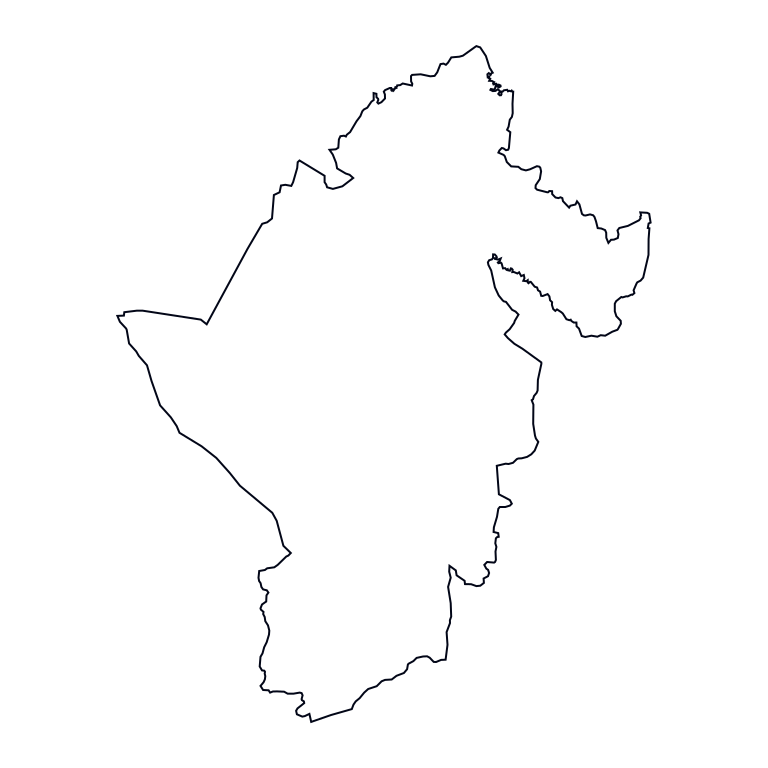 outline of Ubundu, Orientale, Democratic Republic of the Congo
{"feature_id": "63176286B77989779607321", "entity_name": "Ubundu", "entity_type": "district", "adm_level": 2, "iso_a3": "COD", "parent_name": "Democratic Republic of the Congo", "parent_adm1": "Orientale", "projection": "mercator", "projection_center": [25.863, -0.595], "detail": "fine", "context": "isolated", "style": "outline", "palette": "ink", "viewbox_px": 768, "rotation_deg": 0, "n_neighbors": 0, "source": "geoboundaries", "source_scale": "gbopen_adm2", "svg_char_len": 6040}
<svg xmlns="http://www.w3.org/2000/svg" viewBox="0 0 768 768"><path d="M373.6,93.1L373.7,100.0L371.4,101.7L367.3,107.7L363.9,109.5L362.3,111.3L360.4,116.1L356.5,121.3L350.1,132.1L346.8,134.7L345.9,136.5L344.0,135.7L340.4,136.2L338.9,139.4L338.3,147.7L335.8,149.3L329.5,149.8L332.8,154.6L336.1,162.9L337.1,168.4L345.7,173.5L349.6,174.8L353.2,178.0L342.4,186.3L332.9,188.9L327.1,187.3L326.2,184.5L324.6,182.2L324.6,175.8L299.5,160.5L297.7,162.2L297.2,168.0L293.1,182.2L291.3,185.9L285.3,184.8L281.0,185.5L279.6,192.3L273.9,195.0L272.0,218.5L267.2,222.3L262.2,223.8L247.6,248.7L206.7,324.3L200.8,319.6L142.8,310.7L136.6,310.7L124.3,312.2L123.9,315.6L117.4,315.9L119.9,321.8L126.1,328.5L126.7,329.8L129.1,343.5L136.2,351.4L138.8,355.9L147.0,365.3L151.5,380.9L160.1,405.4L170.8,417.3L176.7,426.1L179.5,432.8L201.6,446.3L216.3,457.9L229.8,473.0L239.9,485.7L272.3,512.8L276.7,520.8L283.4,545.8L290.8,553.0L288.3,555.6L286.3,556.5L277.7,564.9L274.3,567.3L267.2,568.3L264.9,570.0L259.2,571.0L258.5,577.8L259.1,581.0L260.6,583.2L261.4,587.0L263.1,589.4L266.8,590.3L268.4,592.6L266.5,595.3L266.2,601.5L262.0,604.5L260.5,608.3L260.9,609.6L263.5,611.9L263.2,614.1L264.7,617.0L265.3,621.2L268.0,625.4L269.3,630.6L269.0,634.6L266.7,642.2L264.2,647.2L262.5,653.4L260.5,656.8L259.7,666.5L262.0,670.4L264.3,670.7L265.0,671.8L264.7,673.5L265.3,676.2L264.9,679.3L263.6,682.2L260.5,685.9L263.1,690.0L268.6,690.3L270.1,692.6L272.9,691.5L277.0,691.4L284.1,691.7L287.7,693.7L293.3,693.7L299.7,692.6L301.6,693.1L302.6,695.3L301.6,699.1L301.9,700.1L303.9,701.4L304.2,703.1L297.5,708.4L296.1,710.8L296.9,714.3L302.3,716.6L304.8,716.1L309.4,713.9L311.2,721.9L331.1,715.0L351.8,709.1L353.5,704.6L355.7,701.4L359.6,698.2L364.2,692.6L368.2,689.0L376.7,686.2L381.6,681.3L385.0,679.9L391.7,679.5L396.5,675.8L403.9,673.0L407.1,669.2L407.9,664.5L408.6,663.7L413.4,661.1L416.6,657.9L423.0,656.5L427.1,656.3L429.7,657.7L433.7,661.9L436.1,662.0L441.1,659.9L445.6,659.7L447.5,644.8L446.6,632.1L450.0,623.1L449.9,620.2L451.2,616.6L450.7,603.1L448.1,586.9L450.7,577.7L449.2,571.7L449.5,565.8L455.8,570.4L456.6,575.3L464.6,580.8L465.0,584.1L471.1,584.2L476.4,586.1L480.3,585.7L483.9,582.9L483.6,578.5L488.0,576.2L489.1,573.0L488.1,569.9L486.3,568.6L484.3,564.9L487.1,562.0L494.1,562.6L495.1,561.9L495.9,559.9L495.5,551.5L496.4,546.9L495.3,543.3L495.9,538.3L497.1,537.1L498.7,536.8L498.2,533.1L493.6,532.0L493.9,527.3L497.0,516.8L498.3,508.8L499.8,507.0L505.3,507.0L509.9,505.6L511.8,503.7L509.9,500.1L498.9,494.3L496.8,465.8L505.6,463.7L508.6,464.0L513.0,462.8L516.8,459.1L518.3,458.5L521.7,458.3L527.1,456.9L531.3,454.3L534.7,450.6L538.3,441.9L535.9,438.5L535.0,435.6L533.2,423.9L533.4,404.6L531.7,400.2L533.0,399.3L534.0,396.0L536.6,392.9L537.6,390.5L537.9,379.9L541.4,363.7L541.3,362.4L522.4,348.7L514.4,343.8L508.0,338.2L504.7,334.4L505.9,332.6L509.7,329.2L514.1,323.0L514.8,320.8L518.5,314.6L515.6,311.6L512.1,309.8L506.0,301.9L503.7,301.3L502.6,300.3L498.7,295.5L494.9,287.3L491.2,270.5L488.4,264.9L487.9,262.3L489.2,260.2L491.9,259.4L493.0,258.0L493.1,254.4L494.8,254.5L496.5,256.4L496.8,257.5L496.1,258.2L494.7,258.2L494.9,258.9L498.1,259.6L500.7,258.5L499.7,261.2L497.9,262.5L498.4,263.2L500.9,262.7L501.6,263.4L503.0,268.4L505.2,268.2L506.5,269.8L507.7,269.1L508.0,270.3L509.9,270.7L510.8,268.4L511.7,268.6L512.7,269.8L512.3,272.1L513.8,272.0L517.4,273.5L519.1,272.3L521.2,276.1L523.8,275.0L524.5,278.2L523.3,280.8L526.3,281.2L527.7,280.2L527.8,282.5L528.5,283.2L530.1,281.8L530.8,281.9L534.7,286.7L537.1,287.5L538.0,290.3L540.1,291.6L541.2,295.8L542.7,296.0L547.6,294.1L549.4,296.4L550.1,300.3L552.1,302.2L551.9,304.8L553.2,309.0L555.3,310.9L557.0,309.4L561.3,312.2L562.8,313.5L566.4,319.2L569.3,320.2L570.7,319.7L571.3,320.9L573.7,322.5L576.4,322.5L576.6,326.3L579.0,328.6L581.7,336.0L585.3,337.0L591.4,335.7L597.4,336.7L600.7,335.2L605.2,335.7L612.3,331.7L617.4,329.8L618.0,329.0L620.9,323.8L620.7,320.8L616.4,316.3L614.8,311.3L614.8,303.7L616.1,301.2L621.3,297.0L622.6,297.4L626.2,296.3L627.8,296.4L631.4,294.6L632.4,294.8L634.4,293.1L633.6,290.3L636.6,283.4L637.3,282.3L640.6,280.6L643.2,277.6L648.5,254.9L648.6,239.0L649.4,228.3L647.8,228.0L648.6,223.5L650.6,222.6L649.2,213.8L647.2,212.8L640.3,212.4L641.1,215.4L640.2,216.8L640.6,218.2L639.0,220.3L627.9,225.9L619.3,228.0L617.5,230.4L618.5,234.2L617.8,238.0L614.0,239.6L611.0,239.8L608.4,242.9L606.3,237.8L606.2,232.7L605.1,230.1L601.3,228.5L597.7,228.1L596.0,221.3L594.5,217.0L593.2,215.3L590.1,214.4L585.5,215.5L583.8,215.3L582.0,213.9L579.4,204.4L577.0,201.3L575.5,204.5L570.4,205.7L569.1,207.6L563.0,201.2L562.3,198.1L560.5,197.3L558.4,198.1L555.5,197.5L552.2,194.1L552.1,191.2L549.3,191.0L548.3,192.2L547.3,192.3L537.1,189.7L535.5,188.1L535.7,185.2L539.8,179.1L541.1,171.4L540.3,167.8L539.4,166.7L536.9,166.2L530.0,169.3L525.9,170.4L521.3,169.2L518.3,166.8L511.2,166.4L506.8,162.0L504.8,156.2L503.6,154.9L498.4,152.6L499.4,150.5L501.8,148.0L503.5,148.4L506.0,150.2L508.2,149.7L508.9,148.0L510.3,132.2L507.1,129.8L508.6,126.6L509.8,119.7L511.9,116.9L512.7,113.2L512.5,103.8L513.2,91.7L512.5,91.7L511.7,90.6L511.0,91.3L509.3,90.8L508.0,91.3L507.2,89.8L503.9,90.3L502.5,91.7L501.1,91.5L501.5,94.2L501.0,95.2L499.7,95.3L498.3,93.9L499.8,91.9L499.5,90.8L497.9,89.2L495.5,90.9L492.8,91.1L490.4,89.9L490.9,89.0L494.0,89.6L494.9,88.7L495.7,86.0L499.2,87.3L500.6,86.4L500.5,85.5L498.9,84.7L498.2,85.8L496.2,83.7L493.5,84.4L493.1,83.3L494.1,82.1L491.8,80.9L489.2,80.8L490.2,78.7L488.8,78.1L489.3,76.5L487.7,77.1L487.4,74.3L488.8,73.1L490.7,74.7L491.5,73.2L492.7,72.7L489.7,67.9L485.9,56.0L480.2,47.4L476.3,46.1L462.9,55.7L459.3,56.7L451.3,57.4L448.0,62.7L445.9,64.8L443.5,63.6L440.5,64.1L437.2,72.4L434.6,75.9L430.3,76.3L420.7,74.3L412.1,74.9L411.0,76.1L411.1,81.4L412.3,83.8L412.0,85.5L402.7,83.5L400.2,85.1L397.2,85.4L397.0,86.5L395.5,87.2L396.2,88.0L394.8,88.6L393.6,90.5L392.9,89.4L392.0,90.8L391.4,90.4L391.1,88.0L389.8,88.0L385.1,90.1L383.8,91.7L384.9,94.4L385.0,98.5L381.4,102.2L378.4,103.6L377.3,102.4L378.3,99.9L378.1,98.8L376.5,97.2L376.4,93.8L373.6,93.1Z" fill="none" stroke="#020617" stroke-width="2"/></svg>